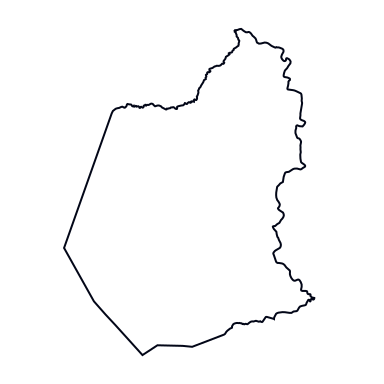 the district of Quimistan, Santa Bárbara, Honduras, rotated 272°
{"feature_id": "27666195B58138028057911", "entity_name": "Quimistan", "entity_type": "district", "adm_level": 2, "iso_a3": "HND", "parent_name": "Honduras", "parent_adm1": "Santa Bárbara", "projection": "robinson", "projection_center": [-88.275, 15.416], "detail": "fine", "context": "isolated", "style": "outline", "palette": "ink", "viewbox_px": 384, "rotation_deg": 272, "n_neighbors": 0, "source": "geoboundaries", "source_scale": "gbopen_adm2", "svg_char_len": 6064}
<svg xmlns="http://www.w3.org/2000/svg" viewBox="0 0 384 384"><g transform="rotate(272 192 192)"><path d="M131.6,66.1L79.3,97.8L66.6,109.8L56.3,120.1L27.3,148.2L37.6,162.8L37.9,188.0L37.3,197.6L50.6,229.0L51.4,230.0L53.5,231.2L54.9,232.5L55.9,233.8L56.5,234.3L57.8,236.7L59.1,236.7L59.6,236.9L61.2,237.8L61.8,238.6L62.2,239.5L62.5,240.5L62.7,241.5L62.6,243.6L62.8,244.1L62.5,245.3L62.5,246.2L61.8,247.0L62.0,248.1L61.6,248.7L61.7,249.2L62.1,249.9L62.1,250.5L61.8,251.8L61.9,252.2L63.7,254.2L64.6,255.7L64.8,257.2L64.7,257.9L65.5,260.4L64.7,263.4L65.2,264.7L64.7,265.5L64.5,266.5L64.9,267.1L69.5,270.0L69.7,270.3L69.8,271.1L68.1,278.0L67.9,278.4L69.0,278.4L69.9,278.7L73.2,280.3L73.8,281.1L74.4,282.5L75.1,286.6L75.1,289.1L74.6,293.8L74.7,295.7L76.1,297.6L76.6,300.7L77.2,301.5L80.3,303.1L81.4,304.1L82.1,306.1L82.7,308.7L83.1,309.6L84.1,310.1L85.5,310.5L86.7,311.2L88.1,311.9L88.4,312.5L88.3,312.9L87.1,313.5L86.8,313.9L87.0,314.2L89.0,314.7L89.4,315.1L89.5,315.7L88.9,316.4L88.7,316.8L88.8,317.2L89.1,317.6L89.7,317.9L90.4,317.9L90.7,315.9L91.3,314.9L92.4,313.9L93.2,314.1L93.9,313.8L94.0,313.2L94.0,311.8L94.3,311.2L95.1,310.8L96.3,310.6L96.9,310.2L97.1,308.9L97.0,305.7L97.3,304.8L97.8,304.5L98.4,304.4L101.0,304.9L103.4,304.8L105.8,303.8L107.4,302.7L108.1,301.8L108.2,301.1L108.0,300.4L107.0,298.3L106.9,297.3L107.2,296.5L107.9,295.6L109.5,294.3L111.6,293.2L113.4,292.7L115.8,292.7L116.5,292.6L117.0,292.4L119.9,288.9L122.3,287.0L123.2,285.8L123.6,284.9L123.8,284.0L124.1,281.4L124.1,279.9L124.7,278.9L125.5,278.4L131.6,276.1L133.2,275.4L134.3,275.6L135.9,276.8L136.7,277.8L138.7,281.0L139.5,282.0L140.7,282.5L142.2,282.7L144.0,282.3L147.2,280.5L149.3,279.7L150.0,279.0L150.5,278.8L152.9,278.1L155.2,277.7L157.9,275.1L159.5,274.2L160.2,274.0L160.5,274.2L160.7,274.7L161.0,276.4L162.8,278.2L164.2,280.4L167.2,282.0L168.4,283.1L169.8,284.0L170.9,284.4L172.0,284.6L173.3,284.3L174.6,283.7L176.9,279.9L177.6,279.1L178.5,278.5L179.0,278.6L179.7,279.2L180.9,279.9L182.3,280.2L183.0,280.1L184.2,279.5L185.6,278.6L186.9,277.5L189.4,276.5L191.8,276.2L194.4,276.2L200.0,276.9L200.6,277.3L201.7,278.4L203.6,279.9L205.2,282.5L210.3,283.1L213.6,284.1L214.3,284.4L214.7,284.7L215.1,285.6L215.4,287.3L215.6,288.2L218.3,292.0L218.9,293.4L219.1,296.1L218.4,299.3L218.4,299.9L218.9,300.8L220.0,302.1L220.9,303.6L221.4,304.1L221.9,304.2L222.4,304.1L223.0,303.6L223.7,302.7L225.1,300.5L225.8,299.9L229.2,299.2L233.1,298.9L235.6,299.3L238.4,298.9L240.4,298.9L242.4,298.7L245.3,299.2L246.3,299.2L247.4,298.7L248.8,297.7L249.3,296.9L249.5,295.8L250.0,295.2L254.3,293.4L255.4,293.3L257.2,293.3L259.4,293.9L261.3,293.8L262.0,294.2L262.3,294.9L261.9,296.0L261.5,297.3L261.4,300.2L263.2,301.7L264.4,302.4L265.3,302.7L265.9,302.6L266.5,302.0L267.0,301.2L267.4,299.8L268.1,298.3L268.5,297.8L269.4,297.4L272.5,297.7L274.3,297.6L284.1,298.9L285.0,298.9L286.9,298.4L289.3,298.5L293.0,298.0L294.0,297.6L294.5,297.0L296.4,292.6L297.0,291.0L297.3,289.5L297.8,284.4L298.0,284.0L298.4,283.8L298.9,283.7L301.6,284.3L304.1,284.6L305.5,284.5L306.5,285.0L307.3,285.9L308.3,286.0L308.9,285.5L309.6,283.8L309.8,283.1L310.1,280.8L310.4,280.0L310.9,279.6L311.9,279.5L314.2,279.9L316.3,280.5L317.1,281.0L319.0,282.7L321.4,284.0L323.5,285.5L323.9,285.8L325.7,286.0L326.6,285.6L327.9,284.6L329.0,282.5L329.0,282.0L328.8,281.6L328.3,281.4L326.8,281.2L326.3,280.7L326.1,280.2L326.1,279.5L326.4,278.9L327.1,278.1L328.2,277.2L329.4,276.6L330.5,276.5L332.5,277.1L335.0,278.4L336.0,278.6L337.2,278.4L338.2,277.5L339.1,275.1L339.5,273.7L339.5,271.5L339.7,271.2L339.2,270.4L339.4,269.6L340.8,266.4L343.1,263.1L343.5,262.1L343.8,261.0L343.9,259.4L342.8,255.7L342.6,253.8L343.6,251.8L344.4,251.4L346.5,250.7L347.7,250.1L349.6,248.0L350.1,247.2L352.5,245.4L353.6,244.1L353.8,243.6L353.9,242.8L353.5,241.5L353.6,240.1L354.9,237.9L356.5,235.8L356.7,235.4L356.4,233.8L355.5,231.7L355.2,229.3L354.6,228.9L354.3,229.1L353.6,229.1L353.4,229.4L353.7,230.1L352.7,230.1L350.5,231.1L349.0,231.2L347.6,232.6L345.9,233.0L345.6,233.2L345.3,233.7L344.7,234.0L343.2,233.7L342.1,233.4L341.4,233.6L340.9,233.4L339.8,233.3L339.1,232.3L337.9,230.9L336.6,228.8L335.5,228.7L334.7,227.6L333.5,227.3L333.0,227.0L332.7,226.3L332.4,224.6L331.9,223.9L331.5,224.0L331.3,224.6L330.9,224.7L329.7,223.3L328.3,221.2L326.3,220.7L324.1,219.1L323.3,219.0L322.3,219.7L321.5,219.3L321.2,218.9L321.3,217.7L319.6,216.1L319.2,215.3L319.0,214.3L319.0,212.1L318.5,211.3L318.2,210.1L316.7,208.2L315.8,205.6L315.4,205.1L314.5,205.1L313.9,205.5L313.5,206.1L313.1,206.1L312.3,205.2L312.4,203.9L312.2,203.4L311.9,203.1L311.6,203.0L310.8,203.1L310.3,203.0L309.7,202.0L309.4,201.8L307.9,202.3L307.5,202.2L306.8,201.6L305.4,201.9L304.2,200.1L302.1,199.4L298.9,197.5L296.9,196.6L295.9,195.5L294.9,195.3L293.5,194.6L292.1,194.9L291.3,194.9L288.5,194.1L287.7,193.5L286.1,193.8L285.1,193.7L284.1,193.1L284.0,192.7L284.5,191.8L284.6,191.2L283.8,190.6L283.0,190.8L282.6,190.8L282.9,190.3L282.3,189.8L282.6,188.7L282.5,188.1L282.2,187.8L281.8,188.0L281.5,188.0L281.1,187.2L281.7,185.9L281.6,185.6L281.0,184.8L280.0,184.1L279.8,183.8L279.8,183.2L280.5,182.3L280.6,181.8L279.1,181.0L278.3,180.0L278.1,178.5L277.4,175.8L276.9,174.5L276.4,174.1L275.1,174.2L274.5,174.0L274.4,173.7L274.6,172.6L275.9,171.0L276.1,170.6L276.1,170.0L275.8,169.2L275.8,168.1L274.9,167.0L274.9,166.3L274.4,165.0L274.5,164.1L273.7,163.7L273.6,163.4L273.6,163.0L275.5,159.0L276.5,158.1L277.2,156.4L277.3,155.5L277.2,154.4L276.5,152.5L276.4,152.1L277.3,150.9L278.6,149.7L278.9,148.7L278.8,147.8L277.5,145.7L277.5,144.0L276.7,143.1L276.8,142.8L277.5,142.4L277.5,142.2L277.0,141.8L276.6,140.8L275.5,140.7L274.7,140.1L274.6,139.7L275.4,138.2L275.2,137.7L274.5,137.4L274.2,137.0L274.3,136.6L275.4,136.0L275.8,135.4L275.8,135.0L275.4,133.8L276.0,133.3L276.1,132.9L275.4,131.9L275.3,131.4L276.2,130.9L275.5,130.2L275.5,129.9L275.7,129.3L277.0,128.4L277.3,128.0L277.4,126.1L277.7,124.5L277.2,123.9L276.1,123.7L275.0,123.2L274.7,122.6L274.0,122.1L273.9,121.4L274.8,119.5L274.6,118.4L273.5,116.3L273.1,114.4L272.5,112.8L270.2,110.1L267.7,109.0L131.6,66.1Z" fill="none" stroke="#020617" stroke-width="2"/></g></svg>